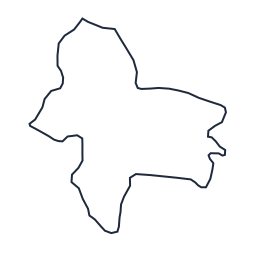 the Statistical Region of Skopje, rotated 274°
{"feature_id": "MKD-2901", "entity_name": "Skopje", "entity_type": "Statistical Region", "adm_level": 1, "iso_a3": "MKD", "parent_name": "North Macedonia", "parent_adm1": "", "projection": "natural_earth1", "projection_center": [21.679, 41.893], "detail": "fine", "context": "isolated", "style": "outline", "palette": "slate", "viewbox_px": 256, "rotation_deg": 274, "n_neighbors": 0, "source": "natural_earth", "source_scale": "10m", "svg_char_len": 1255}
<svg xmlns="http://www.w3.org/2000/svg" viewBox="0 0 256 256"><g transform="rotate(274 128 128)"><path d="M26.5,109.4L27.2,108.6L34.3,101.5L35.9,99.1L38.0,95.6L44.6,93.8L54.0,87.9L64.5,83.1L70.1,75.4L77.6,75.4L84.7,81.3L92.3,84.9L99.3,84.3L108.3,83.7L114.4,83.1L117.2,77.8L115.3,68.3L110.1,63.6L110.1,59.5L111.3,54.9L114.3,49.6L118.8,40.1L123.3,30.2L125.3,29.5L130.0,34.8L142.7,41.2L151.1,42.8L159.6,48.8L162.9,57.6L167.9,59.8L173.7,59.8L180.3,57.2L185.1,53.4L195.1,52.6L207.5,53.0L215.7,58.3L222.5,67.4L231.0,73.1L234.0,74.9L231.0,80.9L226.2,95.8L225.8,107.8L216.1,114.5L208.9,119.7L196.1,128.7L184.4,133.0L173.5,132.5L168.6,134.9L167.9,138.7L168.9,147.7L170.1,155.8L170.1,166.2L169.0,175.2L167.1,185.7L163.0,196.6L160.0,208.0L157.3,218.9L155.1,223.2L150.5,224.6L140.4,221.3L136.2,214.6L130.9,208.4L124.9,208.4L124.5,212.2L120.8,216.5L115.9,220.8L112.8,226.5L107.9,226.5L107.1,224.1L109.0,220.3L108.6,212.2L106.4,210.3L103.0,211.8L98.8,215.6L92.4,215.1L83.0,213.7L74.3,209.9L74.1,207.2L74.0,205.1L75.8,201.8L78.4,198.9L81.1,194.2L81.8,179.5L82.6,153.8L82.6,139.1L78.4,133.4L70.5,134.1L59.2,128.8L51.3,126.4L43.7,126.4L38.9,125.9L38.0,125.8L29.1,125.8L23.9,124.7L22.0,118.7L23.9,112.2L26.5,109.4Z" fill="none" stroke="#1e293b" stroke-width="2"/></g></svg>